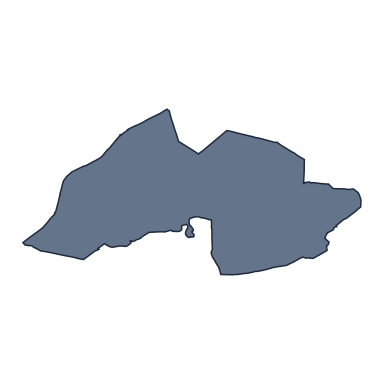 Bērzgales pag., Rezeknes, Latvia (Natural Earth projection)
{"feature_id": "27541924B18969922609426", "entity_name": "Bērzgales pag.", "entity_type": "district", "adm_level": 2, "iso_a3": "LVA", "parent_name": "Latvia", "parent_adm1": "Rezeknes", "projection": "natural_earth1", "projection_center": [27.495, 56.631], "detail": "fine", "context": "isolated", "style": "filled", "palette": "slate", "viewbox_px": 384, "rotation_deg": 0, "n_neighbors": 0, "source": "geoboundaries", "source_scale": "gbopen_adm2", "svg_char_len": 5851}
<svg xmlns="http://www.w3.org/2000/svg" viewBox="0 0 384 384"><path d="M83.6,259.5L94.6,251.3L95.6,250.7L96.8,250.4L99.0,249.2L98.0,248.4L104.4,243.8L105.0,244.0L106.3,244.8L107.5,245.6L108.6,246.1L110.2,246.8L110.7,247.0L111.4,247.1L112.0,247.2L112.7,247.2L114.7,246.9L116.6,246.5L118.6,246.2L119.2,246.0L120.0,246.0L123.3,246.1L123.5,246.2L123.9,246.2L125.8,246.4L126.5,246.3L127.3,245.8L129.0,244.7L129.9,243.9L130.6,243.3L130.9,243.0L131.1,242.4L130.9,241.8L130.7,241.3L130.3,241.1L130.2,241.0L130.3,240.8L130.7,240.7L131.5,240.9L132.5,241.4L133.4,241.4L133.7,241.3L134.6,240.9L135.4,240.5L136.0,239.9L137.0,239.7L137.3,239.5L137.7,239.3L139.1,239.0L139.2,238.9L139.3,238.9L139.6,238.7L139.9,238.5L140.1,238.2L140.3,238.2L140.9,238.1L141.4,237.2L144.3,235.3L149.2,232.3L158.3,231.9L159.4,231.8L160.4,231.8L162.1,231.8L164.5,231.9L165.1,231.9L166.0,231.6L171.0,230.2L171.1,230.3L171.6,230.8L172.1,231.0L172.6,231.2L172.9,231.4L173.5,231.4L174.5,231.3L175.2,231.4L176.0,231.5L177.6,231.5L178.8,231.4L180.2,231.0L180.9,230.4L181.5,229.8L181.7,229.3L181.9,228.6L181.7,227.7L181.6,227.0L181.6,226.4L182.1,225.5L185.0,224.8L186.0,224.4L186.3,224.5L186.8,224.8L187.8,225.9L187.9,226.1L187.9,226.4L187.6,228.0L187.3,228.5L186.9,229.1L186.5,229.9L185.7,231.9L185.5,233.7L185.6,234.3L186.0,235.1L186.2,235.4L186.5,235.7L186.8,236.0L187.0,236.3L187.1,236.5L187.6,237.0L188.4,237.3L189.2,237.4L189.6,237.3L190.3,237.1L190.8,237.1L191.2,237.0L192.9,236.9L193.8,236.6L194.0,236.2L194.1,235.9L194.0,234.8L193.9,234.5L193.8,234.3L193.5,234.0L193.1,233.6L192.8,233.2L192.6,233.0L192.5,232.9L192.4,232.8L192.1,232.4L192.0,232.1L191.9,231.9L192.0,231.7L192.1,231.3L192.5,231.2L193.2,230.8L193.3,230.7L193.4,230.0L193.2,229.5L192.9,228.9L192.6,228.4L190.9,226.1L190.0,225.3L189.6,224.6L189.4,223.9L189.4,223.4L189.0,222.3L188.9,222.0L189.0,221.5L189.1,221.2L189.2,220.5L189.4,220.0L189.5,219.0L189.9,218.6L190.4,218.3L190.8,218.1L191.3,218.1L191.7,218.0L192.4,217.7L193.1,217.3L193.6,217.1L193.9,217.0L194.6,217.1L194.9,217.1L195.4,216.9L195.8,216.8L196.3,216.8L196.9,216.8L197.2,216.8L197.6,216.8L198.1,216.7L198.6,216.8L199.4,217.0L199.7,217.2L200.2,217.5L201.1,217.7L202.1,217.8L202.3,217.9L202.5,218.0L203.1,218.0L204.1,218.1L204.3,218.1L204.6,218.3L205.4,218.5L206.4,218.7L208.0,219.3L208.8,219.6L209.8,219.7L210.8,219.9L211.4,219.9L211.5,224.1L211.6,225.4L211.3,227.0L211.8,228.7L211.8,230.2L212.1,232.4L212.2,232.7L211.8,233.4L211.9,236.3L212.1,242.8L212.3,248.2L212.4,248.8L211.1,252.9L212.5,257.1L214.0,259.5L215.4,261.9L217.1,264.8L218.0,266.1L218.8,267.6L219.7,270.2L220.8,274.5L227.9,274.7L228.0,274.6L229.7,274.7L232.0,274.7L232.4,274.8L232.6,274.7L238.3,274.4L244.7,273.4L245.8,273.5L249.3,272.9L253.2,272.1L253.8,271.8L254.0,271.7L254.3,271.5L254.8,271.5L256.2,271.4L257.6,271.4L258.1,271.2L261.2,270.7L265.8,269.6L267.8,269.1L272.8,267.6L276.1,267.0L280.5,266.3L286.4,265.4L294.7,261.4L298.7,259.1L302.3,257.2L302.5,257.1L305.4,257.9L306.4,258.2L306.6,258.1L307.6,257.8L311.8,258.3L313.2,258.4L316.4,256.6L316.6,256.4L319.2,255.0L326.8,250.6L327.1,250.4L326.5,246.0L328.0,245.0L328.2,244.6L329.0,242.1L325.2,238.6L324.8,238.4L325.0,237.8L325.3,237.4L325.4,236.8L326.1,235.2L326.8,234.0L327.3,233.3L327.5,233.1L327.6,232.6L328.3,232.4L329.2,232.0L329.9,231.4L331.6,230.8L332.9,230.0L333.2,229.8L333.4,229.6L333.6,229.2L333.8,228.4L334.1,227.7L335.1,226.9L335.7,226.8L336.3,226.8L336.7,226.7L336.8,226.5L336.6,226.3L336.3,225.9L336.2,225.6L336.3,225.4L336.5,225.2L336.9,225.1L343.5,219.6L346.3,218.4L354.8,211.9L356.1,211.0L357.3,209.6L360.6,207.1L360.8,204.8L360.8,204.1L361.0,200.1L360.2,197.5L359.4,195.1L358.2,192.7L353.4,188.9L351.7,189.2L350.3,189.3L350.2,189.3L349.2,189.5L344.3,188.9L336.2,188.7L333.3,188.6L332.7,188.1L331.0,186.6L328.7,184.1L323.2,183.8L317.1,183.1L314.5,182.8L314.3,182.8L312.5,182.6L310.8,183.0L310.4,182.5L310.0,182.3L309.2,181.9L308.8,181.9L308.6,182.0L308.1,182.2L307.8,182.4L307.5,182.4L306.9,182.3L306.6,182.3L306.4,182.4L305.9,182.6L305.7,182.6L305.4,182.5L305.1,182.5L304.8,182.6L304.6,182.8L304.6,183.0L304.4,183.4L304.2,183.6L303.9,183.6L303.7,183.6L303.5,183.2L303.6,182.3L304.0,175.2L304.2,171.1L304.2,168.8L304.3,160.8L304.4,159.6L302.7,158.5L300.3,157.2L297.1,155.2L295.1,153.6L292.8,152.2L292.4,152.2L290.7,151.1L289.1,150.2L287.6,149.2L283.7,146.8L281.7,145.7L280.4,144.8L277.3,142.3L274.8,142.4L273.8,142.1L269.0,140.8L264.8,139.7L262.9,139.1L258.3,138.0L256.1,137.6L253.9,137.1L253.1,136.7L250.0,136.1L245.6,135.0L240.5,133.8L236.1,132.7L233.7,132.0L231.4,131.5L231.2,131.4L228.8,130.9L226.8,130.6L201.0,152.2L200.8,152.1L200.6,152.1L200.2,152.5L199.8,152.8L198.5,154.0L192.9,150.3L191.0,149.1L188.3,147.5L178.5,141.3L178.1,139.9L177.1,136.4L174.7,129.3L173.5,125.4L173.2,124.4L172.1,121.1L171.8,120.6L169.2,110.8L167.1,109.5L166.9,109.2L164.7,110.5L160.2,113.4L151.3,117.7L147.1,119.8L143.2,122.2L140.0,123.8L136.6,125.3L136.2,125.7L135.6,125.6L133.4,126.7L132.4,127.1L128.3,129.2L128.7,129.4L126.9,130.6L125.0,132.1L123.4,133.1L121.1,135.1L120.7,134.6L119.9,135.0L120.6,135.5L119.1,136.6L116.4,139.6L114.2,142.4L110.2,147.1L108.8,148.9L108.0,149.2L105.6,152.0L103.7,154.2L103.8,154.5L100.6,157.6L96.5,160.0L91.7,162.5L85.4,165.9L84.0,166.0L83.1,166.4L80.5,167.7L79.8,168.0L71.9,171.9L69.3,174.3L67.4,175.8L66.3,177.0L65.1,178.7L64.7,179.2L64.3,179.8L63.6,180.6L63.1,182.1L63.1,182.3L62.8,183.2L62.1,185.5L61.5,188.1L61.0,190.1L59.8,194.6L60.1,194.7L59.3,197.5L58.2,202.5L57.4,205.2L55.8,211.4L54.6,212.8L54.8,214.0L54.1,214.7L50.0,218.9L47.1,222.9L45.5,224.5L43.5,226.9L42.8,227.6L40.1,229.8L35.7,233.0L30.1,237.1L28.5,238.3L24.7,241.2L23.0,242.6L23.8,243.7L24.9,244.9L25.6,245.2L26.4,245.2L28.1,245.6L31.7,245.7L33.0,246.8L36.5,248.6L40.7,251.0L42.9,251.2L44.7,251.5L51.0,252.7L60.4,254.7L63.1,255.3L73.8,257.3L74.8,257.6L77.6,258.4L83.6,259.5Z" fill="#64748b" stroke="#1e293b" stroke-width="1.5"/></svg>